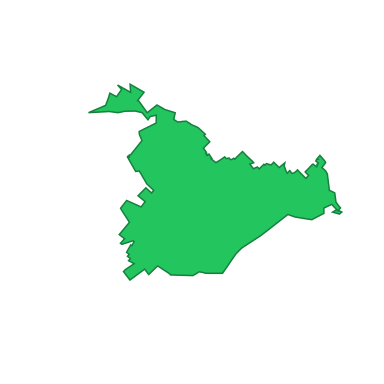 outline of Parras, Coahuila, Mexico, rotated 308°
{"feature_id": "50627088B64269988161187", "entity_name": "Parras", "entity_type": "district", "adm_level": 2, "iso_a3": "MEX", "parent_name": "Mexico", "parent_adm1": "Coahuila", "projection": "mercator", "projection_center": [-102.042, 25.588], "detail": "fine", "context": "isolated", "style": "filled", "palette": "green", "viewbox_px": 384, "rotation_deg": 308, "n_neighbors": 0, "source": "geoboundaries", "source_scale": "gbopen_adm2", "svg_char_len": 4669}
<svg xmlns="http://www.w3.org/2000/svg" viewBox="0 0 384 384"><g transform="rotate(308 192 192)"><path d="M266.3,253.3L269.4,248.5L272.1,247.2L264.9,245.6L265.5,240.8L265.8,238.0L264.0,237.9L263.4,237.8L262.0,237.7L260.3,233.4L260.1,233.3L260.1,233.2L259.7,233.1L259.4,233.2L259.5,233.1L257.9,232.8L258.1,231.6L251.6,230.7L252.0,228.1L248.2,226.1L249.6,220.4L253.0,222.6L253.4,220.9L253.5,220.2L253.7,217.3L253.7,217.2L254.1,213.4L254.1,212.8L254.4,210.9L255.0,206.9L252.3,206.5L246.7,205.7L244.2,205.6L244.4,204.2L241.7,203.1L241.2,202.1L241.6,200.2L239.4,198.5L239.8,196.1L236.0,195.0L232.0,193.6L230.9,193.1L229.9,192.8L229.9,190.9L229.9,190.2L229.9,189.9L229.9,189.7L229.9,189.1L229.9,188.8L229.9,188.7L229.9,188.4L229.9,186.7L230.6,187.1L230.7,186.9L231.0,185.9L231.2,185.4L231.2,185.2L231.3,184.9L231.5,184.5L231.9,183.3L232.1,182.6L232.3,182.1L231.3,181.8L231.4,181.4L231.0,181.4L230.3,181.5L230.2,181.4L230.3,181.4L230.9,181.4L230.8,179.0L232.1,179.0L232.5,177.7L233.2,175.4L233.3,175.3L233.5,174.0L241.5,175.0L242.5,175.1L242.7,174.2L243.3,169.9L243.8,166.7L245.7,167.0L246.5,157.0L244.5,149.1L244.8,148.9L244.2,143.7L242.5,141.9L242.2,141.5L240.1,139.5L239.8,139.2L238.8,138.2L238.3,137.1L238.0,133.6L237.9,133.0L244.1,130.0L240.3,119.9L239.0,110.8L226.9,107.9L230.9,94.3L230.5,92.9L241.1,92.8L238.8,76.9L232.7,82.3L230.5,67.5L229.4,73.4L220.7,73.9L219.3,66.4L214.5,68.3L207.1,70.6L190.8,61.6L202.7,75.2L203.6,76.2L204.4,77.1L208.9,84.8L212.0,87.5L212.5,87.9L213.4,88.6L214.6,89.7L220.8,97.4L223.8,103.8L221.8,112.8L225.8,112.6L230.5,116.6L224.3,121.3L207.2,113.1L205.0,115.0L201.7,120.9L183.5,120.7L183.0,120.2L182.7,119.9L182.3,120.0L182.1,119.8L181.7,120.0L181.7,120.4L181.4,120.8L181.0,121.1L180.6,120.1L180.7,119.5L180.2,119.5L179.9,119.5L176.4,127.9L173.5,135.0L176.1,137.5L175.4,139.2L174.8,140.9L174.2,142.3L173.5,143.9L172.8,145.8L172.0,147.9L171.1,150.0L170.6,151.2L170.0,157.3L169.7,160.8L166.4,160.8L166.6,157.2L166.6,156.9L166.9,153.1L157.7,152.0L155.8,151.8L155.6,161.0L152.9,161.0L148.9,161.1L145.1,145.7L135.2,145.7L135.1,145.8L133.4,150.5L129.6,161.4L129.4,161.4L129.2,161.3L128.9,161.3L128.7,161.3L128.3,161.3L128.2,161.3L127.8,161.3L127.7,161.3L127.3,161.3L127.2,161.3L126.8,161.3L126.6,161.3L126.3,161.3L126.1,161.3L125.8,161.2L125.6,161.2L125.4,161.2L125.1,161.2L124.9,161.2L124.6,161.2L124.4,161.2L124.2,161.2L123.9,161.2L123.7,161.2L123.4,161.2L123.2,161.2L122.9,161.2L122.7,161.2L122.4,161.1L122.2,161.1L121.8,161.1L121.7,161.1L121.3,161.1L121.2,161.1L120.8,161.1L120.7,161.1L120.3,161.1L120.1,161.1L119.8,161.1L119.6,161.1L119.3,161.1L119.1,161.1L118.9,161.0L118.6,161.0L118.4,161.0L118.2,161.0L117.9,161.0L117.7,161.0L117.4,161.0L117.2,161.0L116.9,161.0L116.7,161.0L116.4,161.0L116.2,161.0L115.8,161.0L115.7,161.0L115.3,160.9L115.2,160.9L114.8,160.9L114.6,160.9L114.3,160.9L114.1,160.9L113.8,160.9L113.6,160.9L113.7,167.6L107.5,167.2L107.5,167.3L107.6,169.0L117.2,175.5L117.3,176.9L113.7,177.5L112.7,177.7L112.6,176.3L107.9,177.0L104.2,177.6L104.2,180.9L101.6,180.7L101.6,182.5L101.6,184.4L98.8,184.3L99.9,190.5L89.9,187.3L87.1,187.0L84.4,197.3L102.1,202.2L100.3,208.7L112.3,210.4L112.7,211.2L113.6,222.7L113.7,225.9L113.4,226.1L126.7,244.2L130.0,245.5L133.6,246.9L135.1,249.7L136.4,252.8L138.3,255.3L146.7,266.1L155.8,265.6L161.7,265.2L170.3,264.7L174.4,265.2L178.5,265.7L191.4,270.1L191.6,270.2L200.5,273.2L202.2,273.6L210.7,275.8L210.9,275.8L213.1,276.4L222.9,278.8L233.3,281.4L234.4,284.6L235.7,288.5L236.4,289.8L238.8,294.2L240.3,296.9L241.2,298.6L244.0,303.5L248.0,305.3L249.6,306.0L250.1,306.2L250.6,306.5L251.1,306.7L254.6,308.3L256.4,309.1L260.5,305.8L267.5,309.4L268.3,309.8L267.9,312.1L267.9,312.3L267.8,312.5L267.4,315.5L267.2,316.9L262.7,315.2L264.9,320.6L265.0,320.9L265.0,321.0L265.3,321.7L268.4,322.4L267.9,319.8L267.5,319.6L267.0,318.5L269.3,318.7L270.9,318.8L271.1,317.8L271.4,316.0L272.5,312.5L272.5,312.4L272.5,311.9L276.0,308.3L279.2,305.0L278.4,301.2L277.9,299.2L281.6,295.5L281.8,295.3L289.6,287.5L290.9,284.2L291.1,282.1L291.2,279.4L292.3,279.4L292.9,279.3L297.3,279.3L298.1,277.9L299.0,273.2L299.1,272.9L299.6,270.3L297.7,270.3L297.7,270.2L295.2,270.1L295.2,271.0L294.7,270.5L294.4,270.1L292.6,270.5L292.7,273.5L292.0,273.9L291.8,273.4L291.6,273.4L291.4,273.6L291.0,273.7L290.8,273.7L290.7,273.6L290.4,273.6L290.1,274.0L289.9,274.6L289.4,274.6L288.5,274.6L288.5,270.2L287.1,269.7L285.8,269.7L285.2,269.6L281.9,269.3L277.5,268.8L276.8,273.7L276.1,273.6L275.9,273.6L275.4,273.6L274.8,273.5L272.8,273.3L273.7,266.2L273.9,264.4L274.4,261.5L272.4,261.3L271.3,261.1L269.8,260.6L268.2,259.3L268.9,256.4L269.0,256.2L269.1,255.8L265.5,255.5L266.3,253.3Z" fill="#22c55e" stroke="#15803d" stroke-width="1.5"/></g></svg>